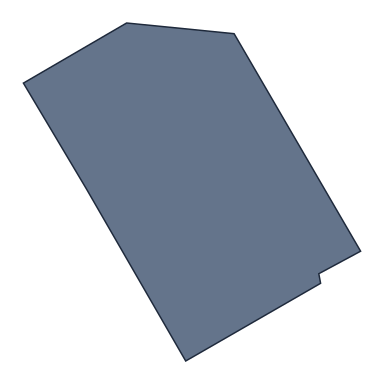 Limestone, Texas, United States of America (orthographic projection)
{"feature_id": "52423323B48911079087514", "entity_name": "Limestone", "entity_type": "district", "adm_level": 2, "iso_a3": "USA", "parent_name": "United States of America", "parent_adm1": "Texas", "projection": "orthographic", "projection_center": [-96.581, 31.518], "detail": "fine", "context": "isolated", "style": "filled", "palette": "slate", "viewbox_px": 384, "rotation_deg": 0, "n_neighbors": 0, "source": "geoboundaries", "source_scale": "gbopen_adm2", "svg_char_len": 234}
<svg xmlns="http://www.w3.org/2000/svg" viewBox="0 0 384 384"><path d="M86.7,189.4L185.7,361.0L320.6,283.3L318.8,273.7L360.6,251.2L234.1,33.7L126.6,23.0L23.4,83.1L86.7,189.4Z" fill="#64748b" stroke="#1e293b" stroke-width="1.5"/></svg>